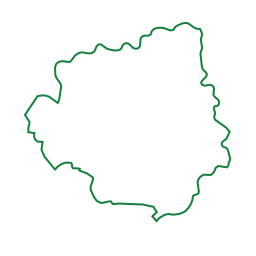 outline of Indre, rotated 262°
{"feature_id": "FRA-5309", "entity_name": "Indre", "entity_type": "Metropolitan department", "adm_level": 1, "iso_a3": "FRA", "parent_name": "France", "parent_adm1": "", "projection": "mercator", "projection_center": [1.588, 46.82], "detail": "fine", "context": "isolated", "style": "outline", "palette": "green", "viewbox_px": 256, "rotation_deg": 262, "n_neighbors": 0, "source": "natural_earth", "source_scale": "10m", "svg_char_len": 2582}
<svg xmlns="http://www.w3.org/2000/svg" viewBox="0 0 256 256"><g transform="rotate(262 128 128)"><path d="M94.3,74.6L94.9,72.9L95.8,67.9L97.0,67.4L100.4,67.3L101.4,66.7L102.4,62.0L101.6,57.3L99.6,53.1L97.1,49.9L111.3,41.3L118.4,39.3L126.1,41.4L127.0,36.9L129.5,34.5L132.8,33.8L136.1,34.6L136.3,33.3L137.4,30.0L137.7,28.7L142.7,29.5L145.6,30.9L147.7,31.3L155.3,27.8L172.1,42.8L172.2,48.9L170.1,54.1L162.6,61.9L165.6,63.8L178.9,67.7L181.8,67.1L187.6,64.1L190.7,63.4L198.2,64.2L201.2,65.7L202.5,67.3L203.2,69.2L203.3,71.5L203.0,73.9L201.7,78.1L201.7,79.7L202.8,81.4L206.5,84.9L208.1,87.2L209.2,90.0L209.3,93.3L207.4,99.1L207.1,102.3L208.5,105.3L213.5,108.5L214.9,110.8L214.5,112.9L209.7,117.9L208.3,120.6L206.9,124.4L206.3,128.2L206.9,131.4L208.3,132.9L210.2,133.9L211.7,135.4L212.3,138.0L211.5,140.2L206.7,144.2L205.5,146.2L205.4,148.3L206.1,150.1L207.7,151.4L213.9,152.6L215.7,153.6L217.0,155.6L217.1,157.6L216.7,159.7L216.8,162.1L217.5,163.5L220.8,165.2L222.4,167.5L223.0,170.5L222.8,173.9L222.1,177.0L218.7,183.7L218.8,186.2L219.2,186.9L221.4,188.7L222.5,190.9L223.9,196.0L224.1,198.8L223.6,201.3L222.2,203.4L218.4,207.2L216.8,209.8L215.9,213.3L210.6,214.5L205.6,212.5L197.3,212.5L196.1,212.2L193.2,210.6L191.4,210.1L178.3,209.7L176.8,210.0L175.3,210.5L172.3,212.8L170.9,213.5L169.1,213.2L167.7,212.2L164.6,208.0L163.4,207.0L162.1,206.8L160.8,207.2L159.5,208.9L159.2,210.4L159.3,211.9L159.4,213.3L159.4,214.7L159.0,216.0L158.4,217.2L157.1,218.2L155.4,218.7L149.3,217.3L147.7,217.6L145.9,218.9L144.6,220.3L143.1,221.4L141.3,221.8L138.9,221.3L137.7,220.1L137.3,218.7L137.5,217.3L136.8,216.3L135.4,215.7L131.5,216.3L129.5,216.0L127.8,215.2L126.2,214.8L124.2,215.3L114.6,225.3L110.0,228.2L103.5,223.8L102.7,222.5L102.0,221.1L101.1,219.7L99.8,218.7L98.3,218.5L96.3,219.5L95.5,220.8L95.0,222.1L93.9,223.2L91.9,223.9L85.5,224.7L83.4,224.7L81.7,224.4L79.7,222.9L77.8,222.6L75.3,220.6L77.8,211.9L76.1,209.1L73.3,207.6L71.8,206.3L70.2,204.2L70.0,202.2L71.2,197.1L71.2,196.5L70.8,195.3L70.2,194.0L69.4,192.7L68.3,191.4L67.0,190.4L65.7,189.7L64.2,189.3L55.0,189.3L53.3,188.5L52.7,187.2L52.3,183.9L51.4,182.9L50.4,182.5L47.4,181.6L43.5,179.4L40.1,176.3L38.3,174.1L37.1,172.1L36.2,168.9L35.8,166.0L35.8,161.8L36.0,160.3L36.3,159.0L36.8,157.6L37.2,156.2L37.2,154.2L36.7,151.7L35.1,147.7L34.0,145.7L31.9,143.3L37.2,139.9L40.7,144.8L46.4,142.3L50.2,132.0L54.5,108.0L54.6,104.2L54.8,102.4L57.9,100.7L57.9,98.3L57.4,92.9L57.6,90.7L60.2,86.9L64.1,84.8L71.9,82.5L75.2,82.8L81.9,86.2L84.0,86.3L88.8,81.0L92.3,74.4L93.0,73.9L93.7,74.4L94.3,74.6Z" fill="none" stroke="#15803d" stroke-width="2"/></g></svg>